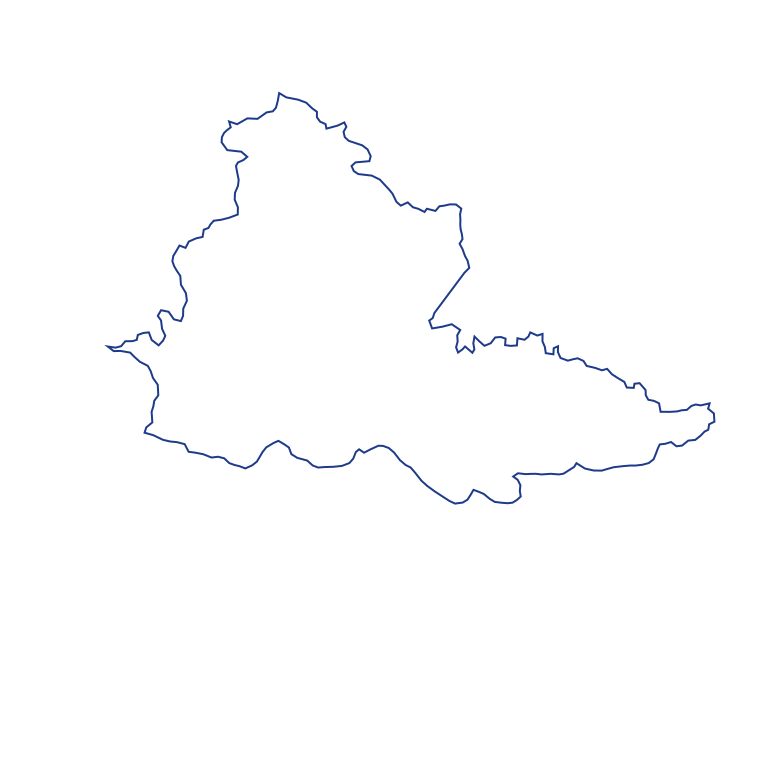 Itaporanga, São Paulo, Brazil (Equal Earth projection), rotated 128°
{"feature_id": "56859067B77352846322410", "entity_name": "Itaporanga", "entity_type": "district", "adm_level": 2, "iso_a3": "BRA", "parent_name": "Brazil", "parent_adm1": "São Paulo", "projection": "equal_earth", "projection_center": [-49.469, -23.65], "detail": "fine", "context": "isolated", "style": "outline", "palette": "blue", "viewbox_px": 768, "rotation_deg": 128, "n_neighbors": 0, "source": "geoboundaries", "source_scale": "gbopen_adm2", "svg_char_len": 3946}
<svg xmlns="http://www.w3.org/2000/svg" viewBox="0 0 768 768"><g transform="rotate(128 384 384)"><path d="M198.2,431.1L198.2,437.8L201.9,442.7L206.2,446.2L209.9,449.8L215.9,450.0L219.5,458.1L223.5,458.0L224.8,464.7L226.9,470.0L226.3,477.1L233.1,480.6L232.8,486.3L228.8,494.5L227.6,500.0L225.5,513.1L227.3,521.9L234.4,533.5L234.8,538.9L232.2,543.8L226.9,542.9L217.4,532.7L212.7,534.7L209.3,541.3L209.3,548.0L214.1,561.5L213.6,566.9L210.2,571.1L204.5,572.0L202.3,576.3L208.7,579.5L213.2,582.8L218.2,586.6L215.2,590.0L216.6,595.9L215.1,601.1L210.8,604.4L211.0,610.5L210.2,618.5L212.8,626.7L218.3,637.5L219.3,645.7L226.3,642.0L232.9,639.2L237.6,639.5L242.2,643.7L252.9,646.9L258.8,655.2L269.7,659.7L272.5,667.7L276.1,662.8L280.7,664.0L284.7,664.6L289.3,663.7L293.5,660.8L296.2,651.5L288.8,639.5L289.2,631.6L294.1,632.7L299.4,635.5L303.3,634.9L308.6,628.9L312.6,624.2L317.7,621.1L325.1,619.1L330.7,615.1L334.7,607.9L340.5,603.6L348.5,608.5L354.9,613.5L360.2,618.7L365.1,619.0L369.1,618.4L373.4,621.0L379.8,617.5L384.7,621.6L391.9,625.5L398.9,624.2L400.8,630.4L406.7,629.6L412.7,628.9L417.5,626.4L420.4,621.8L422.5,616.5L424.2,611.1L430.8,605.1L434.4,596.0L439.7,590.6L448.2,588.6L454.0,584.3L459.5,582.8L462.4,589.4L459.7,598.2L463.1,605.1L469.6,604.2L471.2,598.8L477.1,592.9L480.7,586.0L485.9,584.8L492.3,585.4L492.3,594.2L488.1,601.1L492.0,605.1L496.9,608.2L501.4,606.0L505.0,608.5L509.6,614.2L516.0,614.4L520.6,617.9L524.5,624.7L524.5,617.3L520.1,611.9L515.5,603.3L516.3,597.3L516.8,590.0L515.1,581.3L517.5,575.8L521.5,569.7L523.9,561.8L531.9,554.9L538.7,554.7L543.6,552.0L549.0,550.0L556.9,542.9L564.5,544.6L569.8,542.7L566.4,534.4L564.1,523.9L560.9,517.0L557.3,511.4L554.1,504.0L557.7,496.2L554.5,490.8L550.7,483.4L548.1,474.6L543.5,470.0L540.9,464.1L541.6,457.3L539.8,451.8L537.8,447.5L535.9,441.3L529.2,437.8L523.4,436.4L519.1,436.9L512.7,437.8L506.5,437.8L498.4,434.7L493.8,432.2L492.9,425.3L492.6,419.8L496.3,413.8L495.6,406.9L491.6,397.4L492.1,390.0L490.4,384.5L486.3,380.0L480.4,372.9L474.4,366.7L467.6,362.6L461.7,362.3L454.9,364.3L450.8,363.4L450.4,357.4L443.6,354.3L436.1,350.4L433.4,346.7L431.5,340.9L431.8,333.8L434.2,324.5L434.5,317.0L433.4,311.6L434.7,305.0L437.2,294.8L437.7,287.0L437.4,278.0L436.6,268.6L435.9,260.6L434.5,254.4L429.0,249.0L423.8,247.0L418.1,247.5L412.3,248.3L410.5,242.6L409.2,237.7L409.4,229.8L408.7,224.1L405.3,218.4L401.7,213.0L398.3,209.6L393.6,207.9L388.5,207.0L384.7,211.1L379.8,214.2L377.2,219.6L377.4,225.2L371.9,223.5L367.9,217.0L364.7,213.3L361.3,209.1L358.3,204.2L352.1,197.3L347.5,190.4L344.1,187.3L338.7,185.4L332.3,183.1L327.9,183.6L326.9,173.6L323.0,165.4L318.2,159.1L313.6,155.8L308.1,151.7L301.6,145.1L296.7,139.8L293.6,135.8L288.6,130.7L283.3,126.7L277.3,125.2L271.3,126.9L266.3,128.5L261.8,129.5L257.9,125.5L253.0,122.1L253.0,115.2L249.0,111.2L241.3,109.4L236.4,104.3L229.8,102.7L224.1,102.1L220.4,100.3L215.6,103.0L210.3,100.4L204.1,105.9L203.9,113.4L198.8,115.5L205.8,121.2L208.3,125.8L212.1,128.3L217.9,129.4L221.6,133.4L225.1,136.1L229.8,141.4L235.6,148.9L229.9,155.4L231.1,160.9L233.7,166.0L231.7,170.8L227.7,174.2L226.0,183.1L229.6,186.8L233.3,184.8L237.3,190.5L234.4,195.9L235.4,203.5L236.0,210.4L234.7,217.5L239.0,220.7L241.3,227.5L245.0,235.5L243.0,241.0L244.5,247.2L247.9,250.1L252.4,253.5L254.8,260.9L251.8,266.6L247.1,270.1L251.3,272.3L256.3,268.8L260.1,275.5L255.8,280.0L252.8,285.4L246.9,289.9L251.4,293.0L253.3,300.5L257.7,299.4L262.6,300.5L265.8,307.0L271.8,303.0L276.0,307.7L278.8,312.5L273.4,316.1L275.0,320.8L278.8,325.0L286.2,325.0L292.1,328.4L291.6,335.8L290.9,341.9L296.9,338.7L301.1,334.1L305.0,333.6L304.5,343.2L308.4,343.5L313.6,345.0L310.7,349.8L305.2,352.1L300.5,356.3L294.5,357.2L295.2,367.4L302.8,373.2L310.6,380.3L306.2,387.4L302.0,386.2L297.0,388.0L246.9,389.1L240.0,388.3L235.4,394.0L233.2,399.1L229.4,405.1L226.9,410.8L221.6,411.3L218.3,414.5L215.2,418.5L212.0,421.6L207.3,425.1L203.5,428.5L198.2,431.1Z" fill="none" stroke="#1e3a8a" stroke-width="2"/></g></svg>